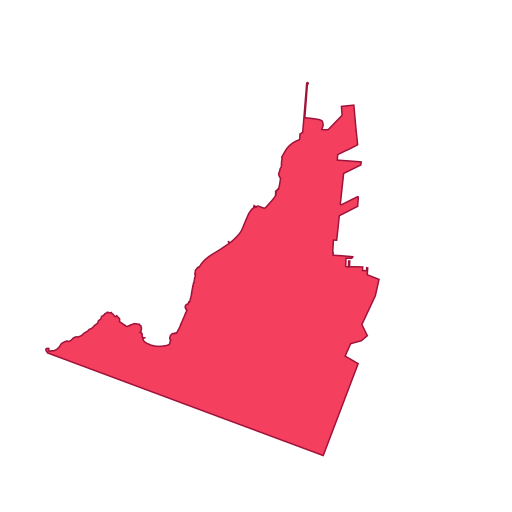 Municipality B, Montevideo, Uruguay (Robinson projection), rotated 116°
{"feature_id": "84410073B6453147989031", "entity_name": "Municipality B", "entity_type": "district", "adm_level": 2, "iso_a3": "URY", "parent_name": "Uruguay", "parent_adm1": "Montevideo", "projection": "robinson", "projection_center": [-56.188, -34.909], "detail": "fine", "context": "isolated", "style": "filled", "palette": "rose", "viewbox_px": 512, "rotation_deg": 116, "n_neighbors": 0, "source": "geoboundaries", "source_scale": "gbopen_adm2", "svg_char_len": 5004}
<svg xmlns="http://www.w3.org/2000/svg" viewBox="0 0 512 512"><g transform="rotate(116 256 256)"><path d="M223.1,135.2L224.1,147.8L217.7,150.4L218.0,151.4L220.7,150.2L222.4,153.8L219.1,155.3L224.6,167.3L219.4,169.5L219.8,170.5L225.6,168.1L226.1,170.8L222.7,172.3L218.5,174.1L216.2,169.1L214.8,168.5L214.2,168.7L218.7,180.3L221.5,187.0L219.4,188.0L219.5,188.1L218.3,189.0L207.7,193.4L206.5,190.4L194.7,194.6L183.3,198.8L166.8,186.4L158.2,189.9L158.1,190.7L172.7,201.9L172.6,202.9L143.4,213.4L128.2,201.7L125.3,202.7L128.6,211.1L130.2,215.1L134.2,225.0L129.0,227.0L122.1,221.6L119.9,219.7L111.8,213.6L111.3,213.5L96.4,222.8L77.5,234.2L84.1,244.8L91.8,240.3L110.8,246.5L112.6,249.9L113.5,252.3L109.1,252.9L107.7,253.9L106.3,254.9L105.5,256.2L105.7,259.1L106.4,261.3L106.7,262.3L107.1,263.8L108.2,267.0L108.7,268.4L109.3,269.8L109.8,271.4L110.4,272.7L79.3,285.0L79.2,284.8L78.8,284.9L78.3,284.6L77.8,284.8L77.7,285.1L77.6,285.3L77.5,285.6L77.7,285.9L78.0,286.1L78.4,286.2L112.4,272.9L124.6,268.2L125.0,268.7L125.5,269.1L127.0,269.6L127.1,269.9L129.3,269.0L131.3,268.2L132.0,268.0L132.8,268.3L134.1,269.5L135.6,270.7L137.3,271.9L139.0,272.9L140.9,273.8L143.2,274.7L145.9,275.4L148.2,275.7L150.6,275.9L155.9,276.2L157.5,275.1L159.0,274.7L160.5,274.2L164.8,272.3L166.9,272.6L169.1,272.0L171.0,271.9L172.8,271.4L174.1,270.0L174.8,269.3L175.2,268.1L179.2,266.8L182.7,265.8L184.1,265.5L186.0,265.1L186.0,265.5L186.5,265.7L186.5,265.8L188.0,265.8L188.0,266.1L188.4,266.1L188.5,266.4L188.8,266.7L189.2,266.8L189.6,266.6L189.9,266.4L190.0,266.0L190.3,266.0L190.3,265.6L191.8,265.6L191.8,265.4L192.0,265.4L192.1,265.1L192.3,265.1L192.3,264.9L193.6,264.9L194.9,265.1L197.1,265.5L199.2,266.0L205.9,267.9L208.5,268.7L209.3,269.3L209.6,270.4L210.2,276.0L210.5,276.6L210.9,276.9L211.4,277.1L211.9,277.1L211.9,277.5L212.0,277.9L211.7,277.9L211.7,278.2L212.7,278.1L213.0,278.3L213.0,279.2L212.1,279.3L211.7,279.4L211.5,279.6L211.5,279.8L212.2,279.7L212.8,279.5L214.7,279.5L215.3,280.0L216.1,280.5L217.2,280.4L218.5,280.8L220.9,281.1L224.8,281.0L230.5,280.7L236.9,280.3L238.6,280.2L240.8,280.3L242.0,280.5L243.2,280.7L247.0,281.8L251.1,283.2L253.7,284.3L256.3,285.6L255.0,286.9L255.2,287.1L256.6,285.7L259.3,287.3L265.9,291.1L270.5,294.0L274.1,296.3L276.9,298.0L279.9,299.4L283.0,300.7L287.1,301.7L290.9,302.2L290.9,302.6L291.0,302.8L291.5,302.9L291.5,303.0L291.7,303.3L292.8,303.3L292.8,303.6L293.3,303.7L293.8,303.8L294.2,303.9L294.6,304.0L295.0,304.1L295.3,304.1L295.8,304.1L296.2,304.0L296.6,303.8L297.0,303.6L297.4,303.5L297.7,303.4L297.9,303.4L297.9,303.2L298.9,303.0L299.0,303.0L299.1,302.9L299.1,302.7L299.3,302.7L299.5,302.7L299.7,302.4L299.7,302.0L302.7,301.5L307.7,300.0L307.8,300.3L310.8,299.4L310.8,299.6L312.1,299.2L318.2,297.5L318.2,297.2L322.2,296.4L326.3,295.6L326.4,296.0L327.0,295.9L327.0,296.3L328.6,296.1L329.0,296.1L329.3,296.3L329.5,296.4L329.6,296.8L329.9,296.8L330.0,297.2L330.3,297.4L331.1,297.6L332.1,297.6L333.1,297.2L333.5,296.9L333.6,296.6L333.6,296.3L334.0,296.2L334.0,295.8L334.2,295.6L334.5,295.4L334.8,295.3L334.8,294.4L338.2,294.1L338.2,294.3L341.3,294.0L344.3,293.9L347.6,293.7L350.7,293.7L350.8,293.4L354.7,293.4L360.1,293.6L360.1,294.2L360.5,294.3L360.8,294.5L361.0,294.8L361.0,295.2L361.6,295.2L361.7,296.2L362.1,296.8L362.6,297.2L363.3,297.6L364.0,297.8L364.7,297.9L365.4,298.0L366.1,297.9L366.7,297.8L367.4,297.6L368.0,297.3L368.5,296.9L368.8,296.3L368.9,295.8L369.5,295.8L369.8,295.8L370.0,295.8L370.2,295.7L370.5,295.7L371.1,295.6L371.3,295.3L371.7,295.2L372.8,295.1L373.6,295.4L374.4,296.0L375.1,296.5L376.1,297.7L379.0,302.1L379.9,303.9L380.8,306.0L381.4,307.8L381.8,309.7L382.2,311.5L382.2,313.5L382.3,315.3L382.2,317.3L382.0,318.3L381.7,319.1L381.3,320.1L380.6,320.8L379.1,321.7L378.3,319.9L378.2,319.3L378.2,319.9L379.1,322.3L375.7,324.4L375.8,324.7L375.5,324.9L375.3,325.3L375.3,326.2L375.4,326.7L374.0,326.4L370.9,327.3L370.3,328.1L369.2,328.8L368.9,330.8L368.5,330.9L370.1,335.8L372.6,338.0L372.6,338.3L373.2,338.9L373.9,338.8L374.9,340.3L375.4,340.4L376.0,341.0L376.0,342.2L375.9,343.4L375.7,343.4L375.6,344.2L374.8,350.0L373.1,350.5L371.9,351.5L371.8,353.0L371.0,354.0L370.8,355.2L372.0,355.6L372.3,356.1L372.3,356.6L372.2,356.9L371.7,357.5L371.0,358.9L371.1,359.7L370.2,361.3L371.4,362.8L371.3,363.3L371.7,365.0L372.3,365.0L373.4,366.0L374.3,366.6L375.1,366.5L375.6,366.9L377.2,367.6L377.9,368.2L378.5,368.3L380.7,367.8L383.2,369.3L385.4,368.8L387.2,369.6L389.2,370.7L392.2,371.5L393.8,372.5L395.0,373.7L397.3,374.4L400.5,376.6L404.1,378.0L406.5,380.1L407.7,382.5L409.4,384.1L412.5,385.1L414.5,386.3L415.1,387.2L415.1,388.5L416.8,390.3L420.0,392.5L423.8,392.9L427.0,394.0L430.1,396.3L430.3,396.5L430.2,397.1L430.5,397.8L430.9,398.6L431.7,399.2L432.2,399.4L432.2,400.1L432.1,400.8L431.6,400.8L430.4,401.3L429.9,401.8L430.1,402.4L430.8,403.5L431.3,403.9L432.3,403.9L433.2,403.0L434.5,400.7L420.3,254.9L405.9,108.1L308.0,117.0L306.9,132.0L293.3,132.5L286.0,124.2L278.8,121.0L271.2,130.8L239.4,131.3L223.1,135.2Z" fill="#f43f5e" stroke="#9f1239" stroke-width="1.5"/></g></svg>